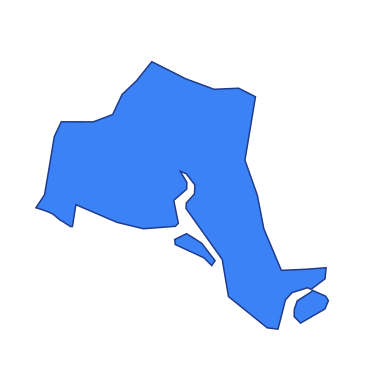 Ryongchon, P'yŏngan-bukto, North Korea (Equal Earth projection), rotated 279°
{"feature_id": "82179303B54196732560859", "entity_name": "Ryongchon", "entity_type": "district", "adm_level": 2, "iso_a3": "PRK", "parent_name": "North Korea", "parent_adm1": "P'yŏngan-bukto", "projection": "equal_earth", "projection_center": [124.373, 39.948], "detail": "fine", "context": "isolated", "style": "filled", "palette": "blue", "viewbox_px": 384, "rotation_deg": 279, "n_neighbors": 0, "source": "geoboundaries", "source_scale": "gbopen_adm2", "svg_char_len": 1245}
<svg xmlns="http://www.w3.org/2000/svg" viewBox="0 0 384 384"><g transform="rotate(279 192 192)"><path d="M240.9,51.9L225.1,47.3L193.0,47.1L166.2,46.8L152.0,40.3L151.8,41.8L151.6,43.3L151.3,45.0L151.1,46.8L150.7,48.8L150.4,50.5L150.0,52.3L149.8,53.7L149.3,55.0L148.9,56.5L148.5,57.8L147.9,59.0L147.3,60.0L146.8,61.0L146.0,62.0L145.3,63.4L144.4,64.7L143.7,65.9L143.2,67.3L142.8,68.5L142.2,69.9L141.7,71.0L141.0,72.4L140.6,73.5L140.0,74.9L139.4,76.1L138.9,77.3L139.2,79.3L149.2,79.3L161.3,79.3L150.3,122.7L148.1,149.8L155.5,180.9L158.9,183.4L180.9,175.3L194.0,186.3L200.8,185.4L210.6,177.1L209.1,183.5L199.3,193.8L190.5,194.7L180.3,188.1L174.9,188.6L130.1,232.4L94.4,244.4L69.6,287.5L70.0,298.4L100.1,301.2L108.4,306.7L115.5,321.1L114.5,324.8L127.1,337.0L138.2,336.3L133.5,316.6L128.6,292.5L166.7,268.8L199.1,257.0L231.7,239.3L269.2,239.6L296.0,239.8L301.8,221.8L296.9,197.8L302.9,167.8L308.7,149.9L314.4,131.9L293.2,119.8L277.4,107.7L256.1,101.5L245.8,83.4L240.9,51.9ZM110.0,340.3L113.7,326.4L111.6,325.0L101.0,313.0L92.2,311.4L84.9,312.4L79.5,319.7L97.3,341.6L106.0,343.7L110.0,340.3ZM143.0,209.4L150.0,193.2L142.4,182.3L137.5,183.7L128.8,214.2L122.4,223.0L127.8,225.5L143.0,209.4Z" fill="#3b82f6" stroke="#1e3a8a" stroke-width="1.5"/></g></svg>